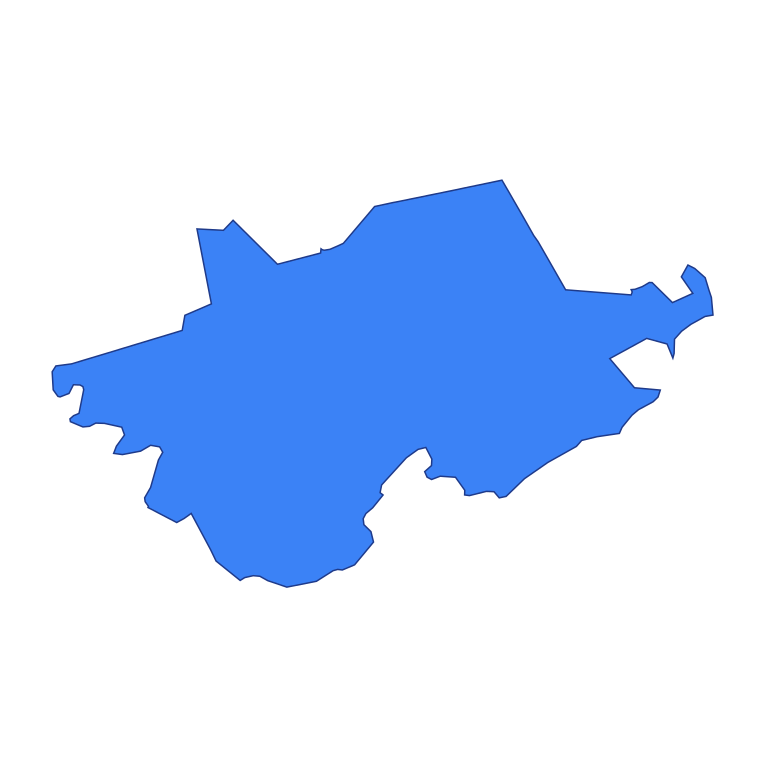 outline of Plymouth, Massachusetts, United States of America, rotated 88°
{"feature_id": "52423323B91573323978432", "entity_name": "Plymouth", "entity_type": "district", "adm_level": 2, "iso_a3": "USA", "parent_name": "United States of America", "parent_adm1": "Massachusetts", "projection": "albers", "projection_center": [-70.786, 41.967], "detail": "fine", "context": "isolated", "style": "filled", "palette": "blue", "viewbox_px": 768, "rotation_deg": 88, "n_neighbors": 0, "source": "geoboundaries", "source_scale": "gbopen_adm2", "svg_char_len": 2014}
<svg xmlns="http://www.w3.org/2000/svg" viewBox="0 0 768 768"><g transform="rotate(88 384 384)"><path d="M184.4,259.0L190.9,296.8L192.1,303.4L202.6,366.0L202.9,368.2L206.3,387.2L242.0,419.7L244.4,425.4L247.5,433.3L248.2,438.7L248.1,439.6L247.6,441.1L246.7,442.2L250.9,442.8L260.6,486.3L215.1,529.1L224.8,539.1L222.5,565.5L297.9,553.7L308.4,580.6L323.4,583.8L338.8,641.9L343.7,660.3L353.0,695.7L354.5,711.3L360.2,715.2L378.3,714.8L385.0,710.3L385.6,708.2L382.4,699.1L373.9,694.4L374.4,687.8L376.1,685.0L379.2,684.3L402.6,689.8L403.3,691.3L404.8,695.3L407.9,699.1L410.7,698.7L416.4,686.4L416.0,679.7L413.0,673.4L413.6,664.7L418.0,647.6L425.9,645.1L436.8,653.6L443.9,656.6L445.4,647.9L442.6,629.6L437.1,619.4L437.6,617.0L439.0,610.4L444.5,607.5L452.1,612.1L479.3,620.9L489.4,627.2L493.3,626.8L498.0,623.7L499.2,624.2L515.2,596.0L511.5,588.6L506.6,581.2L543.7,563.0L555.1,558.0L575.3,534.6L572.6,529.9L571.0,521.4L571.8,514.8L576.5,507.0L583.6,488.2L578.8,458.4L568.8,441.4L567.7,436.8L568.4,432.1L563.7,419.7L541.6,400.0L531.1,402.2L523.9,409.0L517.9,409.5L512.8,406.6L507.3,399.6L494.9,388.8L492.5,391.7L484.8,389.9L476.7,382.0L458.5,364.2L450.5,352.2L449.8,348.7L448.9,344.4L460.7,338.8L467.2,339.4L473.0,346.4L478.6,344.2L481.1,339.8L478.1,331.0L478.4,328.3L479.7,315.8L493.0,307.0L497.7,307.3L498.5,302.5L494.9,285.5L495.2,281.1L495.5,277.8L501.8,272.8L500.6,265.9L483.5,246.9L472.3,229.5L468.1,223.0L453.1,193.9L447.3,188.4L444.1,172.9L441.6,150.5L435.6,147.6L425.1,138.4L423.7,137.1L418.5,130.5L411.1,115.6L406.6,110.6L399.7,108.1L396.5,133.8L393.6,136.1L366.5,157.5L347.6,119.9L353.9,99.7L368.2,94.4L363.6,93.0L349.3,92.1L341.6,84.7L335.1,75.3L327.7,60.8L326.6,52.8L308.9,53.8L301.8,55.9L289.0,59.3L279.4,69.4L275.7,76.1L287.3,83.1L304.2,72.2L312.7,92.9L292.0,112.5L291.8,115.3L295.7,122.5L298.1,129.8L298.3,133.7L300.7,132.7L303.6,133.9L296.2,199.2L278.9,208.3L255.7,220.5L247.2,225.0L240.8,229.2L226.6,236.6L223.9,238.0L198.2,251.6L184.4,259.0Z" fill="#3b82f6" stroke="#1e3a8a" stroke-width="1.5"/></g></svg>